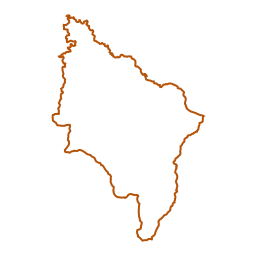 the district of Santa Cruz (Guachavés), Nariño, Colombia
{"feature_id": "7082276B62156244785095", "entity_name": "Santa Cruz (Guachavés)", "entity_type": "district", "adm_level": 2, "iso_a3": "COL", "parent_name": "Colombia", "parent_adm1": "Nariño", "projection": "orthographic", "projection_center": [-77.738, 1.278], "detail": "fine", "context": "isolated", "style": "outline", "palette": "amber", "viewbox_px": 256, "rotation_deg": 0, "n_neighbors": 0, "source": "geoboundaries", "source_scale": "gbopen_adm2", "svg_char_len": 5651}
<svg xmlns="http://www.w3.org/2000/svg" viewBox="0 0 256 256"><path d="M203.4,116.3L203.0,116.0L203.3,115.9L202.8,115.6L199.7,114.9L195.5,113.0L190.9,111.5L189.0,110.4L186.7,108.5L186.5,107.1L185.8,106.3L185.8,105.0L185.0,103.9L185.0,102.8L185.8,99.5L185.6,97.9L184.8,97.0L184.8,96.6L183.7,95.8L183.4,95.2L183.4,94.0L184.0,92.8L184.0,92.2L180.4,88.6L179.4,88.6L177.8,88.1L177.8,87.1L177.2,86.4L175.6,85.3L174.6,85.2L174.2,84.6L173.1,84.5L172.1,83.8L169.4,83.4L167.4,84.3L165.9,84.0L165.3,84.5L163.4,84.7L161.3,87.1L160.2,87.0L159.7,86.4L159.9,85.0L158.1,84.9L156.3,83.4L154.3,83.4L153.8,82.4L153.8,81.5L152.0,81.4L150.3,80.5L149.1,80.5L146.2,79.5L145.1,76.0L145.7,75.6L146.4,76.0L146.7,76.0L146.6,75.7L145.1,73.9L144.3,74.0L143.3,74.9L142.9,74.8L142.5,74.0L141.7,73.6L141.6,72.8L141.0,72.1L140.7,70.9L140.9,69.7L140.2,68.8L137.6,66.5L136.2,66.6L135.2,65.5L135.5,63.9L135.3,60.8L133.9,59.3L131.9,58.5L131.1,56.5L128.2,56.3L127.1,56.8L126.5,56.4L124.3,56.5L122.7,55.0L121.6,54.7L120.6,55.2L120.1,56.6L119.6,57.1L118.5,57.4L117.7,56.8L116.8,57.4L115.1,57.5L114.3,56.8L113.3,56.5L113.4,55.9L112.9,55.1L111.9,55.1L111.8,54.7L112.4,54.1L112.3,53.5L111.6,53.2L110.7,53.9L110.4,53.8L110.5,53.2L109.5,52.1L110.1,50.7L109.5,49.4L108.8,49.3L108.3,48.6L107.9,45.6L107.5,45.5L107.1,46.6L106.5,46.6L105.1,46.1L105.0,45.4L104.1,44.6L104.3,44.1L103.5,44.1L102.1,43.0L101.1,43.8L99.9,44.0L98.8,42.8L97.3,42.1L95.9,41.0L95.0,40.9L94.3,40.5L94.1,40.1L94.3,39.4L94.1,38.2L94.6,37.5L94.8,36.1L92.4,34.2L92.7,32.7L93.2,31.9L93.1,30.8L92.5,30.1L91.3,30.4L90.3,30.1L88.9,28.0L89.2,27.0L89.0,25.9L88.7,25.7L87.8,25.9L86.4,24.4L86.4,24.1L87.1,23.6L87.1,23.0L87.7,21.8L87.0,20.7L86.6,20.6L86.1,21.4L85.2,21.2L84.1,21.6L83.6,23.3L83.0,23.5L82.0,23.5L81.6,23.3L80.3,21.4L80.0,20.3L79.3,20.2L79.1,21.5L78.2,22.0L77.2,22.0L76.2,21.4L75.8,19.8L74.1,19.0L74.0,17.9L73.7,17.4L73.4,17.3L72.6,17.8L71.2,17.6L70.5,18.1L69.8,18.2L69.2,17.6L69.6,16.1L69.4,15.5L67.6,15.4L66.8,15.8L66.7,16.0L67.4,16.3L68.1,16.9L68.1,17.6L67.7,18.2L67.7,18.9L68.1,19.6L69.1,20.7L69.2,22.2L68.9,22.8L66.1,25.1L63.8,24.9L63.6,25.8L64.0,26.8L64.0,29.1L67.5,29.6L67.7,30.0L67.6,31.9L69.2,33.9L69.1,35.2L67.1,35.4L65.9,37.1L66.0,38.4L67.1,38.9L66.8,40.6L67.0,42.0L67.5,42.2L70.7,40.7L71.5,40.8L73.3,41.6L75.3,41.2L75.7,41.9L75.6,42.7L74.9,44.1L75.3,45.3L74.8,45.7L73.1,46.0L72.3,45.4L71.5,44.1L70.8,44.1L70.5,44.7L70.9,46.2L70.6,47.0L69.8,47.4L68.1,47.5L67.8,47.9L68.7,49.3L69.7,49.5L70.1,49.8L70.6,51.0L70.5,51.4L68.4,52.0L67.8,51.8L66.5,52.2L66.1,52.1L65.3,53.4L64.2,53.2L63.0,53.7L61.3,55.0L60.5,56.1L59.0,56.5L59.4,57.0L60.9,57.2L63.2,56.5L63.7,58.0L62.7,59.5L62.4,60.8L63.6,63.4L64.7,63.2L65.3,63.6L64.9,65.1L65.2,66.6L64.5,66.9L62.9,66.8L62.4,67.8L62.6,70.5L63.5,74.0L63.0,75.1L62.9,76.4L63.3,77.4L64.6,78.6L65.1,79.4L64.8,81.2L65.0,82.6L63.5,84.5L63.5,85.7L63.1,87.1L61.1,88.8L61.7,90.7L61.6,91.3L62.6,91.7L63.0,92.4L62.4,93.3L61.2,93.9L60.8,94.8L60.9,97.6L61.2,98.1L61.1,99.0L60.3,99.6L58.9,103.1L60.0,104.9L59.1,107.5L58.4,108.1L58.2,108.7L59.0,111.1L58.6,112.3L59.0,113.5L58.8,113.9L54.9,114.0L54.0,114.8L53.0,114.9L52.7,115.8L52.6,117.1L53.0,120.7L56.1,123.0L57.1,125.0L57.9,125.4L60.0,125.5L61.4,125.8L64.8,125.8L65.8,125.2L68.2,124.8L69.7,124.9L70.0,125.2L69.9,127.1L69.5,128.1L69.5,129.1L70.3,130.8L70.2,131.4L69.1,132.5L68.3,134.8L68.4,137.0L68.1,137.9L67.9,139.6L68.0,140.3L68.9,141.1L69.1,143.5L68.6,145.1L66.5,148.1L65.1,149.7L64.9,151.2L65.5,152.1L68.6,152.2L69.0,152.6L69.7,152.7L71.6,151.4L73.5,151.1L73.7,150.8L77.2,151.0L78.8,150.1L79.8,150.0L81.1,150.2L83.6,151.5L87.6,154.3L90.3,155.0L91.5,156.2L94.5,157.9L96.0,161.3L98.1,162.5L100.4,163.2L101.1,165.1L102.5,165.4L103.2,166.2L106.2,170.8L107.9,172.3L108.2,173.8L110.1,174.9L110.5,175.5L111.0,176.7L110.6,178.9L110.9,179.5L110.6,181.4L110.7,182.0L111.7,184.7L112.6,186.1L113.8,187.0L113.3,190.7L113.7,191.4L113.6,192.1L114.2,194.1L115.6,195.9L117.4,197.1L121.6,197.6L124.5,197.4L125.0,197.9L126.5,197.2L128.4,194.9L129.9,194.0L132.1,194.2L132.6,194.6L133.8,194.9L137.1,195.0L137.7,195.2L138.2,195.9L138.2,196.4L137.5,196.9L137.2,199.4L137.8,201.8L139.5,204.0L139.0,206.0L138.7,211.5L139.1,216.9L139.6,218.0L140.0,220.6L141.8,222.7L141.3,225.3L140.9,226.2L141.0,227.8L140.6,228.7L139.6,229.4L137.4,230.0L137.0,231.4L137.2,233.5L138.1,235.4L137.8,236.0L137.9,236.4L140.1,238.0L142.5,240.6L145.1,240.1L146.9,240.2L148.3,239.1L150.0,238.9L151.8,239.4L152.0,239.1L151.8,237.8L152.1,236.9L154.4,235.1L155.0,234.2L155.4,232.2L156.7,229.1L158.8,225.4L158.7,222.8L158.4,221.8L159.1,220.3L159.8,219.5L160.9,219.1L161.5,218.1L163.0,217.0L163.6,215.9L164.7,215.0L166.2,214.6L167.4,213.4L167.6,212.6L169.6,211.0L170.4,209.9L170.3,208.6L170.9,206.7L171.4,206.1L172.3,205.9L172.6,205.4L172.8,203.5L174.6,202.4L174.3,201.3L175.1,199.9L175.0,198.8L175.4,197.7L175.4,196.4L174.7,194.9L174.8,193.7L175.7,192.5L176.5,192.2L177.1,191.3L176.8,190.3L176.2,190.0L176.8,188.8L176.8,187.5L177.3,186.5L177.3,185.5L175.9,181.4L177.2,178.1L177.3,176.4L176.7,174.4L175.9,173.2L175.3,172.7L175.1,172.1L176.1,168.7L176.5,168.3L176.3,167.9L176.6,167.0L176.2,166.6L176.8,165.6L176.4,165.3L176.4,164.8L176.1,164.4L174.6,163.9L173.7,163.1L173.5,162.0L175.0,160.6L175.3,159.3L175.7,158.4L176.3,158.2L176.9,157.5L177.5,157.3L178.8,155.8L180.2,154.6L180.5,153.2L180.1,151.7L180.6,149.8L180.6,146.2L181.7,145.4L182.8,142.9L183.9,142.2L184.5,140.9L184.3,140.2L184.5,139.2L185.3,138.4L187.3,137.3L187.3,136.4L188.0,135.9L188.3,135.3L190.2,135.2L192.0,133.9L192.9,133.8L193.6,133.0L194.6,132.7L196.3,131.4L196.9,131.7L197.6,130.0L198.3,129.3L198.7,126.7L199.3,125.4L199.6,123.0L201.8,122.3L202.7,121.3L202.9,117.6L203.4,116.3Z" fill="none" stroke="#b45309" stroke-width="2"/></svg>